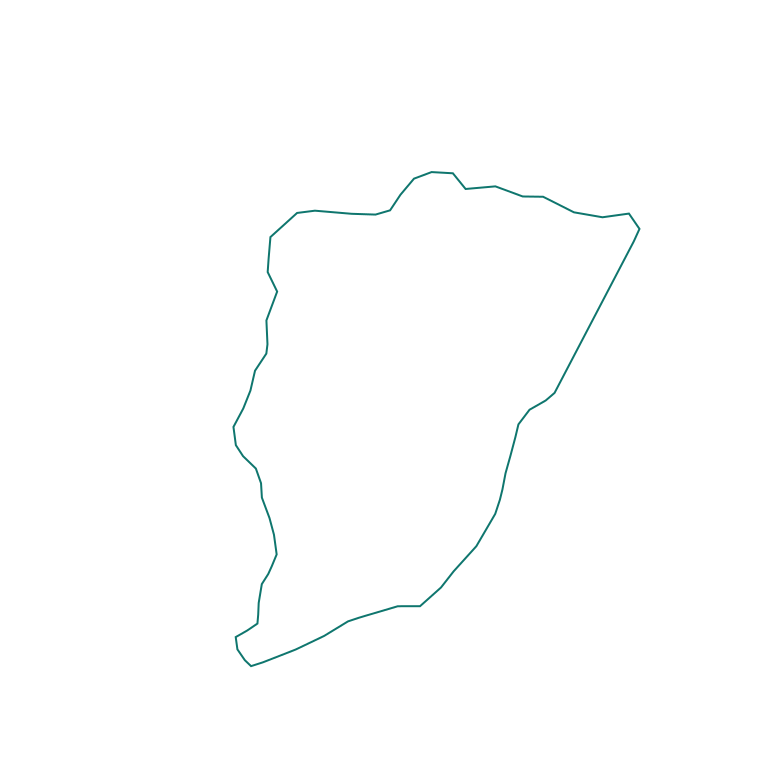 outline of Louvaras, Limassol, Cyprus, rotated 315°
{"feature_id": "46923920B93892240903610", "entity_name": "Louvaras", "entity_type": "district", "adm_level": 2, "iso_a3": "CYP", "parent_name": "Cyprus", "parent_adm1": "Limassol", "projection": "equal_earth", "projection_center": [33.036, 34.831], "detail": "fine", "context": "isolated", "style": "outline", "palette": "teal", "viewbox_px": 768, "rotation_deg": 315, "n_neighbors": 0, "source": "geoboundaries", "source_scale": "gbopen_adm2", "svg_char_len": 1014}
<svg xmlns="http://www.w3.org/2000/svg" viewBox="0 0 768 768"><g transform="rotate(315 384 384)"><path d="M90.5,489.5L101.6,495.2L133.8,509.3L163.5,519.8L190.7,526.4L200.5,531.3L207.4,535.0L236.6,550.9L252.4,566.6L280.4,568.2L300.8,565.7L334.6,564.0L370.8,554.5L384.1,547.8L393.2,542.3L406.9,533.0L422.4,524.3L439.3,514.5L450.5,507.6L468.7,505.1L486.7,510.0L498.3,510.9L661.1,459.9L662.5,459.4L674.3,455.0L677.7,436.7L656.4,420.6L639.7,396.9L628.9,364.1L614.7,349.5L602.5,323.0L579.6,303.8L581.7,283.7L567.5,267.8L550.4,260.0L529.5,261.8L511.1,265.5L497.8,258.2L481.5,240.8L457.7,212.6L443.5,201.6L407.6,199.8L390.9,213.9L380.9,222.6L373.8,243.1L345.8,255.9L329.7,273.5L322.3,279.3L302.2,283.4L284.9,294.2L267.2,301.8L247.2,307.9L236.0,322.5L233.3,335.4L233.6,353.2L226.9,367.2L217.3,378.0L208.2,397.9L199.6,412.8L187.6,428.6L175.8,433.5L167.8,436.5L156.1,439.1L140.6,450.2L132.0,458.1L125.1,463.9L113.0,461.6L100.2,458.1L92.7,468.0L90.3,480.9L90.5,489.5Z" fill="none" stroke="#0f766e" stroke-width="2"/></g></svg>